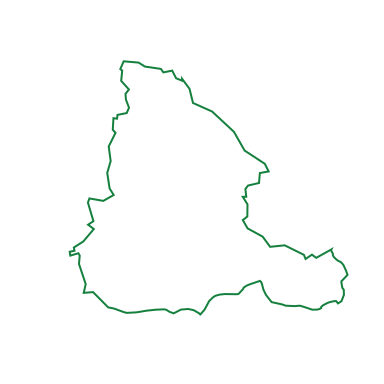 Lipkovo, Lipkovo, North Macedonia, rotated 167°
{"feature_id": "65306769B52717367250393", "entity_name": "Lipkovo", "entity_type": "district", "adm_level": 2, "iso_a3": "MKD", "parent_name": "North Macedonia", "parent_adm1": "Lipkovo", "projection": "natural_earth1", "projection_center": [21.557, 42.166], "detail": "fine", "context": "isolated", "style": "outline", "palette": "green", "viewbox_px": 384, "rotation_deg": 167, "n_neighbors": 0, "source": "geoboundaries", "source_scale": "gbopen_adm2", "svg_char_len": 1865}
<svg xmlns="http://www.w3.org/2000/svg" viewBox="0 0 384 384"><g transform="rotate(167 192 192)"><path d="M299.6,98.4L294.2,96.0L285.6,90.4L282.8,88.9L273.5,87.3L271.5,87.1L263.0,86.6L254.0,85.5L249.0,84.6L245.1,83.8L244.4,83.5L243.1,82.6L241.5,80.9L240.8,80.3L237.2,77.9L229.2,79.9L222.1,78.9L218.9,77.4L217.8,76.9L216.7,76.3L212.4,72.2L211.5,70.8L211.0,71.1L206.4,74.4L202.9,78.3L200.0,81.7L195.5,84.5L192.7,85.6L187.9,85.8L183.2,85.2L177.3,83.8L174.1,83.0L171.2,82.3L169.9,82.2L168.8,82.7L163.9,86.1L163.2,87.2L162.5,87.5L159.7,88.5L156.8,89.0L145.8,90.1L145.5,89.5L144.9,88.8L144.6,87.1L144.3,80.3L143.0,74.9L139.2,66.8L129.3,62.1L126.4,60.2L117.6,57.7L115.3,57.4L112.3,56.9L107.3,54.0L101.3,50.3L96.6,49.3L94.3,49.3L92.3,49.8L91.9,51.0L89.9,52.1L85.0,53.4L82.6,53.7L78.6,53.7L76.2,53.4L74.8,50.6L70.9,52.0L67.1,57.6L66.1,62.6L67.1,64.8L66.8,70.2L66.5,71.4L63.1,73.6L59.1,76.3L59.6,80.6L60.9,86.9L62.6,90.1L65.4,92.4L66.5,93.8L68.5,96.9L68.9,98.5L68.7,100.6L69.7,104.0L69.1,104.7L85.8,99.9L89.2,104.0L96.4,101.2L97.1,105.6L113.7,119.2L128.2,121.0L133.2,132.6L146.0,144.0L148.8,153.2L143.6,155.7L140.7,167.5L143.6,175.9L140.2,175.2L139.3,182.9L135.9,185.7L124.7,185.7L121.6,195.2L112.7,194.8L114.7,203.1L131.4,220.5L137.6,241.2L154.3,265.9L171.0,278.5L171.2,293.1L176.2,304.5L176.6,302.7L181.9,306.4L184.0,314.7L193.0,315.0L194.6,318.9L209.8,324.9L214.9,330.1L229.2,334.7L234.2,327.9L232.7,326.0L236.0,316.2L230.4,306.1L234.7,302.6L235.6,297.0L234.4,288.3L237.9,283.6L247.2,283.9L248.6,280.3L251.9,281.6L255.2,270.5L253.2,266.9L262.9,255.1L264.3,240.4L270.3,229.7L271.5,214.0L269.0,206.7L280.4,203.3L293.4,208.8L295.8,205.1L294.6,185.8L300.6,183.5L296.0,178.0L309.1,168.2L319.6,164.5L319.7,161.2L324.6,161.3L324.9,157.4L316.5,157.9L315.7,155.3L318.3,147.3L316.3,126.1L320.2,118.1L310.9,116.7L299.6,98.4Z" fill="none" stroke="#15803d" stroke-width="2"/></g></svg>